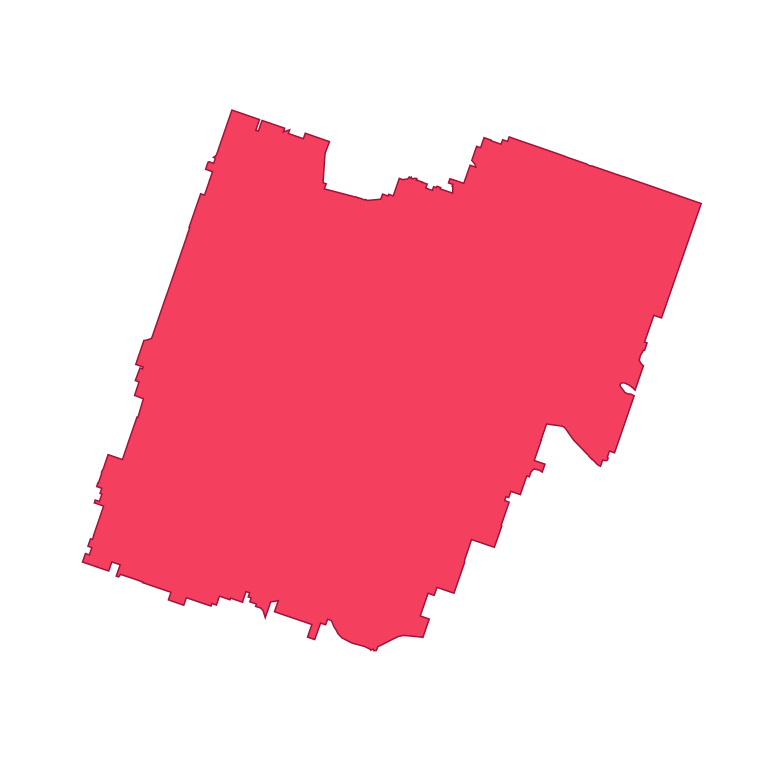 Broomehill-Tambellup, Western Australia, Australia (Albers equal-area conic projection), rotated 289°
{"feature_id": "25037944B2745809655475", "entity_name": "Broomehill-Tambellup", "entity_type": "district", "adm_level": 2, "iso_a3": "AUS", "parent_name": "Australia", "parent_adm1": "Western Australia", "projection": "albers", "projection_center": [117.654, -34.013], "detail": "fine", "context": "isolated", "style": "filled", "palette": "rose", "viewbox_px": 768, "rotation_deg": 289, "n_neighbors": 0, "source": "geoboundaries", "source_scale": "gbopen_adm2", "svg_char_len": 5031}
<svg xmlns="http://www.w3.org/2000/svg" viewBox="0 0 768 768"><g transform="rotate(289 384 384)"><path d="M121.3,156.9L117.5,156.9L117.5,175.3L117.5,179.2L117.6,184.6L127.1,184.6L127.2,193.4L115.2,193.4L115.2,195.9L118.2,196.9L118.3,209.1L118.3,220.3L117.6,220.3L117.7,250.4L113.7,250.4L109.7,250.4L109.6,266.7L117.6,266.7L117.6,266.9L117.6,280.1L117.7,289.7L117.7,292.7L120.4,292.7L120.4,297.5L129.8,297.5L129.8,308.6L131.6,308.6L131.6,321.4L134.5,321.1L142.8,321.1L142.8,324.9L138.5,324.9L138.5,328.0L134.4,328.0L134.4,335.0L131.9,335.0L132.0,340.3L130.2,343.6L124.4,347.8L141.2,347.8L142.7,351.1L142.8,351.3L144.6,354.2L144.8,354.6L133.0,354.6L133.1,386.6L133.1,394.1L120.5,394.1L120.7,394.3L120.2,394.3L119.8,394.4L119.8,401.7L137.3,401.9L137.3,407.2L143.2,407.3L143.2,410.2L143.0,411.3L142.3,412.1L138.1,415.8L134.9,419.9L133.2,421.3L130.2,427.0L128.6,438.3L129.3,447.9L129.5,451.5L128.5,458.5L128.3,458.5L128.6,458.8L129.8,460.1L128.5,461.3L129.6,463.6L133.4,463.6L138.2,468.3L143.4,473.3L146.0,475.8L147.6,477.5L149.9,479.8L151.3,482.1L152.7,484.4L153.2,486.7L153.3,486.9L156.9,501.9L157.0,503.3L157.3,503.3L176.5,503.3L176.5,493.8L196.1,493.8L200.5,493.8L200.5,498.6L200.5,500.3L208.9,500.3L209.0,518.3L230.3,518.3L241.1,518.3L244.0,517.5L257.1,517.5L265.4,517.4L265.5,541.5L279.2,541.6L288.1,541.6L288.3,540.8L288.6,540.8L288.8,540.8L299.5,540.8L313.0,540.8L313.0,540.6L313.1,536.0L317.2,536.0L317.2,538.9L323.8,538.9L323.8,548.9L335.0,548.9L343.5,548.9L343.5,551.6L345.5,551.6L348.7,551.6L352.4,553.4L353.1,558.7L352.2,562.3L360.6,562.3L360.6,551.0L382.4,551.0L382.4,550.7L392.3,550.7L392.9,550.7L394.4,550.7L399.1,550.7L401.2,561.4L401.9,565.0L402.0,565.5L402.0,565.9L402.1,566.2L402.1,566.5L402.0,566.9L402.0,567.2L402.0,567.6L401.9,567.9L401.8,568.2L401.7,568.6L401.6,568.9L401.4,569.2L401.3,569.5L401.1,569.8L401.0,570.1L400.8,570.4L398.7,573.2L392.5,581.8L387.5,591.8L384.1,598.4L383.0,600.8L382.5,601.1L380.6,604.8L380.9,604.8L379.0,608.7L377.6,611.4L377.3,612.1L377.1,612.8L376.9,613.5L376.8,614.4L376.7,615.5L377.5,615.5L383.3,615.6L383.6,618.1L384.0,619.5L385.3,620.1L386.9,620.1L387.4,619.0L394.0,619.0L394.0,624.4L398.1,624.4L413.9,624.4L431.1,624.4L443.6,624.4L450.7,624.4L454.3,624.4L454.7,621.4L454.7,619.6L454.0,618.4L454.5,614.4L457.9,609.6L457.9,609.1L458.1,608.9L460.3,607.2L462.3,608.1L463.3,611.0L462.7,616.4L461.5,620.2L459.9,623.4L467.3,623.4L467.8,623.4L472.1,623.4L485.6,623.4L487.3,619.9L489.9,617.3L490.2,617.3L490.6,617.4L491.1,617.5L491.8,617.5L492.4,617.3L493.0,617.2L493.7,617.2L494.7,617.3L495.5,617.3L496.3,617.5L497.2,617.8L497.8,617.9L498.6,618.0L499.4,618.1L500.1,618.3L500.4,618.2L500.5,618.7L500.5,619.0L500.6,619.4L502.8,619.4L508.5,619.4L508.5,616.7L533.7,616.8L536.8,616.8L536.8,624.9L657.9,625.2L658.0,586.3L658.1,543.0L657.9,541.8L657.9,509.6L657.3,507.6L658.0,503.7L658.0,483.5L658.2,478.9L658.2,478.5L658.3,465.3L658.3,429.0L658.4,421.9L653.6,421.9L653.6,416.7L648.8,416.5L648.9,405.6L649.5,405.7L649.5,398.4L638.9,398.4L638.9,394.2L638.7,394.2L633.4,394.2L624.0,394.2L621.5,398.3L618.9,400.2L618.9,394.2L599.7,394.1L599.7,383.1L599.7,382.7L599.5,379.5L595.1,379.5L595.1,384.1L593.0,384.1L593.0,384.8L586.8,386.7L586.8,384.5L586.8,373.6L588.2,373.6L588.2,369.7L586.7,369.7L586.7,366.7L582.8,366.7L582.8,359.7L587.1,359.7L587.1,354.3L587.4,354.4L587.4,354.0L587.4,348.5L587.9,348.9L589.0,347.9L588.7,347.5L588.6,346.1L587.6,344.8L587.3,343.2L588.5,342.4L587.3,341.5L588.0,340.5L585.4,339.5L584.1,336.4L583.4,335.9L583.4,331.5L583.2,331.5L564.9,331.5L564.9,326.7L563.1,326.7L563.1,320.8L557.7,320.8L553.5,311.5L552.1,308.3L552.5,306.4L551.7,305.6L551.9,301.6L551.6,298.1L551.9,297.2L551.5,296.3L549.4,267.9L549.1,264.5L549.1,264.0L554.5,264.2L554.5,260.8L574.6,255.4L581.8,253.5L582.8,253.3L583.9,253.2L595.4,253.6L595.5,253.4L595.4,248.6L595.5,227.9L589.7,227.9L589.7,212.0L593.6,212.0L590.5,207.9L590.3,207.3L589.9,207.1L589.6,206.8L593.5,206.8L593.5,194.1L593.5,193.8L593.5,182.9L582.1,182.8L582.1,180.2L593.5,180.2L593.5,168.2L593.5,155.3L593.5,151.0L585.1,151.0L564.8,151.0L551.3,151.0L551.2,151.0L545.9,151.0L542.7,149.0L542.7,151.1L537.2,151.1L537.2,146.2L536.3,145.4L528.9,145.4L528.9,152.8L527.5,152.8L520.5,152.8L520.5,152.6L520.0,152.6L520.0,152.8L504.2,152.8L504.2,148.7L498.2,148.7L492.5,148.7L491.4,148.7L483.6,148.7L480.0,148.7L479.2,148.7L468.5,148.7L468.4,148.7L468.4,149.4L458.7,149.4L458.7,149.5L450.7,149.5L438.4,149.5L411.6,149.5L397.0,149.5L397.0,149.4L382.7,149.4L368.4,149.4L351.4,149.4L348.1,145.0L347.0,143.0L347.0,142.8L321.7,142.9L321.7,150.8L319.7,150.8L319.8,148.1L306.3,147.7L306.2,151.8L303.7,151.7L298.2,151.8L292.0,151.9L291.7,161.3L272.3,162.2L272.3,161.2L267.0,161.2L243.6,161.2L227.4,161.3L227.4,146.1L212.8,146.2L208.9,145.6L206.6,146.2L197.4,146.2L197.4,145.7L193.5,145.7L193.5,151.1L188.1,151.1L188.1,153.1L180.3,153.1L180.3,148.7L177.3,148.8L177.3,158.6L161.1,158.7L146.3,158.7L146.3,158.9L142.1,158.9L142.1,156.9L134.2,156.9L134.2,161.0L126.5,161.0L126.5,156.9L121.3,156.9Z" fill="#f43f5e" stroke="#9f1239" stroke-width="1.5"/></g></svg>